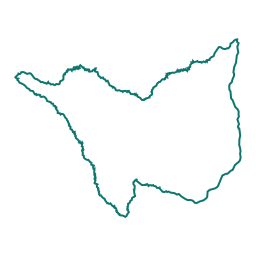 Caldono, Cauca, Colombia (Albers equal-area conic projection)
{"feature_id": "7082276B56423369756647", "entity_name": "Caldono", "entity_type": "district", "adm_level": 2, "iso_a3": "COL", "parent_name": "Colombia", "parent_adm1": "Cauca", "projection": "albers", "projection_center": [-76.491, 2.811], "detail": "fine", "context": "isolated", "style": "outline", "palette": "teal", "viewbox_px": 256, "rotation_deg": 0, "n_neighbors": 0, "source": "geoboundaries", "source_scale": "gbopen_adm2", "svg_char_len": 5650}
<svg xmlns="http://www.w3.org/2000/svg" viewBox="0 0 256 256"><path d="M15.4,77.2L16.4,78.3L18.1,78.6L17.4,79.3L17.4,80.0L18.4,80.8L19.5,82.7L22.1,83.7L24.9,85.5L27.1,88.1L29.0,88.9L30.2,90.6L33.0,91.1L34.8,94.3L35.3,94.5L36.1,94.0L36.7,95.1L38.0,94.6L39.9,94.9L40.2,95.1L39.9,95.6L40.6,96.7L41.9,97.0L43.3,96.5L44.6,97.0L46.3,98.8L47.1,101.0L50.9,102.3L51.5,103.5L53.0,103.7L53.7,105.8L55.1,106.0L55.5,107.4L56.0,107.0L56.4,107.3L56.2,109.2L57.8,111.2L57.7,113.0L60.1,113.4L60.6,114.5L61.6,113.9L62.7,114.0L63.8,114.8L65.4,117.8L66.6,118.9L67.2,120.5L68.0,121.2L68.1,122.4L69.1,123.8L68.9,124.6L69.5,125.2L69.1,125.8L70.6,127.0L70.3,128.1L70.5,129.1L71.9,129.6L72.1,130.5L73.2,131.4L73.1,132.0L74.2,131.9L73.8,132.5L74.6,132.8L74.3,133.7L75.1,134.0L75.0,134.8L75.6,135.5L75.3,136.2L75.8,136.5L75.8,138.0L77.8,139.6L79.1,141.2L79.6,141.3L79.0,142.4L80.0,142.6L80.2,143.0L80.7,142.6L81.5,143.1L82.1,142.3L82.5,143.1L81.8,144.5L82.1,145.5L81.8,146.4L82.8,147.0L82.7,147.9L83.4,149.7L83.2,150.1L82.3,149.9L82.0,150.6L82.9,152.9L82.6,154.9L83.9,155.8L83.8,157.1L84.1,157.9L84.9,158.7L87.0,159.9L88.3,159.8L90.5,162.4L91.4,162.8L91.3,164.7L93.6,165.4L93.8,165.7L93.2,165.8L93.1,167.2L93.5,168.9L94.5,168.6L94.2,172.9L95.2,173.9L95.2,174.3L94.4,174.2L94.3,174.9L95.1,175.8L94.9,176.6L95.3,176.8L95.2,177.3L95.6,177.9L94.9,178.3L95.2,178.5L94.8,179.5L95.3,179.7L95.5,180.4L94.5,183.0L95.3,183.7L96.4,183.8L97.3,184.3L96.9,184.6L96.9,187.0L98.0,187.8L98.0,188.8L98.5,189.1L98.2,190.5L99.1,191.4L98.8,192.6L99.4,193.5L99.1,194.3L100.1,195.6L101.1,195.5L102.2,197.1L103.8,198.5L104.5,198.6L105.2,200.4L107.3,203.3L107.9,203.1L109.2,203.9L110.5,203.4L112.1,205.6L113.4,206.5L114.3,205.9L114.6,206.4L114.3,207.6L114.8,208.0L115.7,208.0L116.1,208.6L116.5,210.0L116.2,210.8L116.9,211.1L116.9,212.2L118.0,212.7L118.4,213.8L119.5,214.0L119.6,215.1L120.2,215.3L123.1,215.6L125.2,216.9L126.6,215.9L126.9,214.9L128.9,212.0L127.4,209.9L128.0,209.4L127.3,208.5L127.8,207.6L127.4,206.8L128.1,205.8L128.1,203.7L129.4,203.2L130.4,200.7L131.6,200.2L132.2,197.8L135.1,196.2L134.3,193.1L134.1,190.8L134.4,190.1L133.9,189.7L134.6,188.4L134.7,185.9L133.4,184.2L133.4,182.2L134.3,181.7L134.5,180.9L136.6,179.3L136.8,178.7L136.5,180.8L142.0,185.1L144.8,185.0L145.4,184.6L145.9,185.0L147.1,184.1L148.0,184.8L148.5,186.0L149.6,185.2L151.1,185.2L151.7,185.6L153.2,185.1L153.6,185.8L155.9,186.4L156.8,187.8L158.3,188.0L159.6,187.5L159.9,188.7L162.5,191.7L164.4,192.1L166.2,191.2L167.1,192.0L168.7,191.6L170.3,192.5L174.6,193.2L176.8,194.5L177.5,194.6L178.2,194.0L179.0,194.1L181.2,196.3L185.5,199.1L187.8,200.1L190.4,200.0L192.1,200.4L193.4,201.2L194.7,202.7L196.4,203.1L199.7,201.5L203.8,200.2L206.4,198.1L207.2,196.9L207.6,191.6L209.7,189.9L215.3,188.3L216.9,187.3L218.0,186.1L222.3,175.6L225.6,173.9L227.6,173.7L230.8,170.7L232.7,169.9L234.9,165.1L239.2,161.5L240.0,160.1L240.6,157.7L240.1,153.5L240.5,151.3L240.2,148.5L239.2,144.9L239.4,139.2L240.2,135.7L239.4,129.0L238.7,128.7L238.8,128.0L238.2,127.5L237.9,126.6L239.0,124.1L237.4,119.4L238.9,116.5L238.5,114.5L238.7,111.6L237.7,109.3L235.2,107.0L232.7,100.3L231.1,98.4L230.5,91.4L229.4,89.8L229.2,86.1L229.7,84.2L231.9,82.0L232.2,80.2L234.0,75.8L234.1,73.5L233.4,72.5L234.1,67.4L236.0,62.7L236.8,55.6L238.3,52.5L237.3,46.8L238.6,43.2L237.2,42.0L236.9,40.8L237.3,39.5L238.0,39.1L235.3,39.8L233.8,40.9L232.8,42.3L230.6,43.5L230.1,46.3L228.5,48.3L227.1,48.2L225.7,49.0L223.7,48.9L222.7,48.6L220.7,47.2L218.8,47.1L214.7,53.1L213.5,56.3L211.5,57.1L209.6,58.9L209.6,59.9L207.3,60.1L207.0,61.5L206.3,60.7L205.3,62.2L203.5,61.5L201.7,62.7L201.2,62.5L200.8,61.9L198.5,62.1L197.4,61.1L194.6,62.2L193.6,61.9L193.0,61.1L192.7,62.9L191.5,62.4L191.6,63.4L190.3,64.8L190.2,66.9L188.2,67.6L188.1,68.8L189.1,68.7L189.2,69.2L188.4,69.7L187.5,69.5L187.2,70.9L186.4,70.2L184.6,70.1L184.9,69.4L183.3,70.5L183.2,69.5L182.0,70.3L181.1,69.6L180.8,69.9L181.1,70.5L180.1,71.3L179.3,70.6L178.9,71.4L178.2,70.5L178.1,71.3L177.2,70.7L176.9,71.7L175.0,72.5L173.6,72.8L172.1,72.6L170.8,73.3L170.0,73.0L169.6,73.9L168.9,73.2L167.8,73.5L167.7,74.7L166.7,74.2L166.9,75.5L166.3,75.9L167.2,76.9L167.3,77.5L165.9,77.2L164.8,78.4L165.0,79.1L164.4,79.5L162.7,79.2L162.2,79.4L159.9,82.0L159.0,82.0L157.0,83.8L156.4,85.6L153.3,87.6L153.3,88.5L151.9,90.0L152.1,91.0L151.4,91.9L152.1,92.8L152.0,94.5L149.9,95.9L149.5,97.5L148.6,97.4L147.5,98.2L146.0,98.3L145.6,99.0L144.5,99.1L144.5,99.7L144.1,100.0L141.9,99.9L140.1,97.8L137.7,96.7L137.2,96.0L137.2,95.1L136.2,95.3L135.9,94.1L135.1,94.8L134.6,93.8L133.7,94.3L130.8,94.0L130.1,92.6L128.6,91.7L128.7,90.9L127.5,91.0L127.0,92.0L125.6,90.9L123.9,91.1L123.0,91.7L122.9,91.1L121.2,91.2L119.1,90.2L117.5,90.6L115.8,90.1L115.3,88.5L113.6,87.0L112.9,87.6L111.8,86.2L109.6,85.3L107.7,80.8L106.2,81.3L105.2,79.6L103.4,78.7L103.1,77.6L100.7,77.9L100.1,76.9L98.7,76.0L98.0,74.4L97.6,72.2L95.0,71.4L94.9,70.6L95.8,68.4L95.3,68.4L93.9,69.8L92.9,70.1L92.3,71.2L89.3,71.7L88.2,70.5L88.3,70.1L89.1,69.9L89.1,69.5L87.6,69.4L86.4,70.2L85.9,69.2L84.9,69.9L84.4,68.6L83.4,68.1L83.5,67.4L82.5,67.2L80.3,65.2L78.7,67.0L79.8,68.1L78.1,69.0L77.2,68.7L76.8,66.8L76.1,67.3L76.3,68.7L75.7,68.7L74.6,66.5L74.5,69.0L73.6,68.0L73.1,69.6L72.1,69.5L71.8,70.6L70.8,69.3L69.4,69.7L68.2,69.3L67.9,70.7L66.9,70.7L67.0,71.9L65.3,72.8L65.0,74.2L64.2,74.2L64.3,74.8L63.4,75.4L63.4,79.2L62.5,80.2L60.2,81.3L59.5,84.0L58.2,84.3L56.3,84.0L54.9,85.1L53.8,84.8L53.1,84.2L50.8,84.4L49.5,83.2L48.4,83.2L48.1,82.1L46.6,83.7L45.1,82.9L43.6,82.7L42.8,82.0L40.7,82.1L39.5,80.7L37.9,80.0L37.4,79.3L35.2,78.8L34.4,78.2L31.1,73.8L29.7,73.2L27.0,73.9L23.7,72.1L21.2,72.2L20.6,73.5L19.8,74.1L18.4,73.6L18.2,74.4L15.4,77.2Z" fill="none" stroke="#0f766e" stroke-width="2"/></svg>